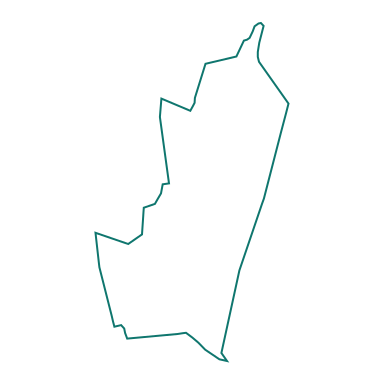 Cerro Corá, Rio Grande do Norte, Brazil
{"feature_id": "56859067B25241393300529", "entity_name": "Cerro Corá", "entity_type": "district", "adm_level": 2, "iso_a3": "BRA", "parent_name": "Brazil", "parent_adm1": "Rio Grande do Norte", "projection": "equal_earth", "projection_center": [-36.335, -5.976], "detail": "fine", "context": "isolated", "style": "outline", "palette": "teal", "viewbox_px": 384, "rotation_deg": 0, "n_neighbors": 0, "source": "geoboundaries", "source_scale": "gbopen_adm2", "svg_char_len": 813}
<svg xmlns="http://www.w3.org/2000/svg" viewBox="0 0 384 384"><path d="M99.4,267.3L111.7,315.8L113.0,321.4L114.4,326.7L121.1,325.1L124.2,328.5L125.1,333.0L127.2,338.6L177.6,334.0L182.8,333.2L186.0,332.8L192.4,337.6L198.4,342.7L205.2,349.7L219.4,359.3L227.0,361.0L221.4,353.0L239.4,270.4L262.1,203.6L263.9,198.6L281.1,131.9L286.1,113.0L288.5,103.6L259.0,61.8L257.8,56.9L257.8,52.0L258.5,47.5L259.3,42.6L261.1,35.6L263.6,25.9L260.9,23.0L258.5,23.5L254.6,26.3L252.7,31.4L249.6,37.9L247.0,39.7L243.9,40.6L236.4,56.5L205.5,63.8L194.9,97.9L194.6,102.8L193.0,105.9L190.3,110.8L161.4,98.6L159.9,117.0L169.0,183.4L162.7,184.3L161.0,193.4L157.7,199.0L154.9,203.9L143.8,207.7L143.4,213.3L143.2,216.6L142.0,234.4L128.2,244.0L113.0,238.8L95.5,232.8L98.8,262.3L99.4,267.3Z" fill="none" stroke="#0f766e" stroke-width="2"/></svg>